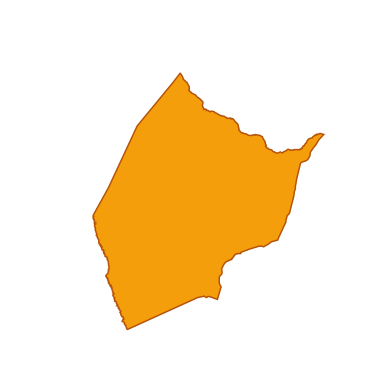 Chadiza, Eastern, Zambia, rotated 140°
{"feature_id": "96606910B44569696961001", "entity_name": "Chadiza", "entity_type": "district", "adm_level": 2, "iso_a3": "ZMB", "parent_name": "Zambia", "parent_adm1": "Eastern", "projection": "albers", "projection_center": [32.572, -14.108], "detail": "fine", "context": "isolated", "style": "filled", "palette": "amber", "viewbox_px": 384, "rotation_deg": 140, "n_neighbors": 0, "source": "geoboundaries", "source_scale": "gbopen_adm2", "svg_char_len": 5999}
<svg xmlns="http://www.w3.org/2000/svg" viewBox="0 0 384 384"><g transform="rotate(140 192 192)"><path d="M329.8,128.2L255.5,107.5L249.5,104.3L249.5,103.8L248.9,102.0L248.2,101.7L247.1,101.8L246.6,101.5L244.6,98.7L241.6,93.4L230.6,100.7L230.2,103.1L229.4,105.1L225.7,109.4L224.7,109.7L222.2,110.0L221.0,110.6L219.3,113.1L218.1,114.4L214.8,115.8L213.2,116.3L210.3,116.6L209.3,116.2L208.7,116.2L208.0,115.7L207.2,115.6L206.4,115.7L206.1,115.5L205.8,115.1L204.9,115.3L204.8,115.0L204.3,115.3L204.0,115.2L203.7,115.4L203.0,115.4L202.8,115.6L201.7,115.6L200.9,116.1L200.7,116.0L200.0,116.2L199.7,116.1L199.5,116.3L198.9,116.4L197.3,115.9L197.0,115.4L196.4,115.4L196.3,115.1L195.6,114.7L194.9,114.0L194.5,114.0L194.4,113.7L193.8,113.7L193.1,114.3L184.4,111.2L176.0,107.6L175.1,107.1L173.3,105.5L172.3,103.9L169.1,103.5L167.3,103.0L163.2,102.8L157.2,100.1L154.9,101.4L139.1,108.8L138.8,109.5L134.4,112.6L131.1,113.0L116.3,123.7L113.6,126.3L110.4,128.3L109.9,129.2L103.1,135.0L90.8,144.0L89.7,144.4L89.0,144.4L84.7,142.7L82.7,142.4L78.7,143.8L77.7,144.6L76.2,146.1L74.9,146.7L69.0,148.2L67.5,148.3L61.4,150.4L54.1,151.4L54.8,152.1L54.9,152.6L55.5,153.2L55.6,153.7L56.3,154.6L57.9,155.0L59.0,156.0L59.5,155.9L59.6,156.1L60.0,156.2L60.0,155.8L60.8,156.4L61.3,156.1L61.9,156.3L62.1,156.6L64.2,156.5L65.1,156.2L66.8,157.1L68.7,157.6L71.0,157.2L72.7,156.1L73.6,156.3L74.9,155.9L76.2,155.3L76.4,155.4L76.4,155.6L77.2,155.8L78.4,155.4L78.9,154.8L79.3,154.8L79.5,155.1L79.8,154.9L80.1,155.0L80.3,154.8L80.9,155.1L81.4,154.8L81.9,155.5L82.4,155.3L82.9,155.8L83.6,156.1L84.0,156.7L86.2,158.6L86.7,158.6L86.9,159.0L87.5,159.0L88.3,159.5L88.8,160.1L89.3,160.3L89.3,160.7L90.2,161.4L90.6,162.7L91.0,163.0L92.1,163.2L93.3,163.0L93.5,163.2L96.2,164.0L97.2,163.6L97.8,164.0L98.5,165.8L98.9,165.9L99.6,166.3L101.1,166.5L101.8,167.3L101.9,167.5L102.2,167.6L102.8,168.2L102.8,169.3L103.6,170.2L104.0,171.3L103.8,172.6L104.0,173.2L104.5,173.8L105.6,175.5L105.8,176.2L105.7,176.7L106.2,177.3L106.4,177.9L106.0,178.5L105.9,179.5L106.2,179.6L106.2,179.9L105.3,180.5L105.1,180.4L104.6,182.3L104.1,182.6L103.7,184.2L103.4,184.7L103.5,185.4L103.1,187.5L103.1,187.9L102.6,189.0L102.9,189.6L102.9,190.1L103.3,190.6L103.7,191.9L105.9,194.4L106.6,194.8L106.6,195.2L107.3,195.1L107.6,195.7L108.5,196.6L109.2,196.6L110.3,197.1L110.7,197.8L111.7,198.4L112.6,199.7L112.7,200.5L113.5,202.2L114.5,203.2L114.8,204.0L115.4,204.6L115.4,204.9L116.0,205.2L116.1,205.5L116.0,206.0L116.3,207.4L116.0,208.3L116.2,209.4L115.7,210.0L115.6,210.3L115.3,210.4L114.5,211.9L114.4,212.6L113.4,214.0L113.5,214.9L113.3,216.0L113.5,217.2L113.8,217.8L113.6,218.5L113.7,219.0L113.5,219.8L113.6,221.6L113.8,222.1L114.1,222.1L115.1,222.7L114.7,223.5L114.8,223.8L115.3,224.2L116.3,224.6L116.6,225.0L116.9,225.1L117.3,225.7L117.7,225.9L117.7,226.4L118.0,226.6L118.1,227.7L118.7,228.8L118.6,229.1L118.8,229.6L119.8,230.5L120.1,231.1L120.8,231.7L120.7,232.1L121.5,233.3L121.5,233.5L122.1,234.8L122.4,236.3L123.4,237.9L123.3,238.6L123.6,239.6L124.9,241.2L125.7,241.7L126.3,241.6L126.6,241.8L127.0,243.0L127.0,243.6L127.3,243.8L127.5,244.5L128.0,245.1L128.5,245.2L128.1,245.7L128.0,246.2L128.8,247.2L129.9,247.6L129.4,248.6L129.4,249.0L129.1,249.3L129.1,249.8L128.6,251.0L128.4,251.8L126.7,252.8L126.2,253.6L125.8,253.9L125.7,254.1L126.0,255.8L125.9,257.4L126.4,259.1L126.3,259.8L127.0,261.1L126.9,264.2L127.3,264.8L128.3,267.4L128.8,267.9L128.6,269.3L129.2,271.2L129.0,272.2L128.5,272.2L127.6,272.9L126.5,274.4L126.2,275.2L126.2,276.2L125.4,279.1L126.0,280.8L125.8,281.7L126.2,283.7L125.1,286.5L124.9,288.5L124.6,289.7L124.8,290.6L136.3,288.1L191.6,277.8L253.5,248.9L282.4,237.8L283.0,237.3L283.2,237.1L283.0,236.4L284.1,236.2L284.6,235.2L284.8,235.0L284.9,234.3L284.5,234.2L284.5,233.9L285.1,233.4L285.5,232.4L286.1,231.7L286.2,231.4L285.9,231.2L286.6,231.2L286.9,230.9L287.0,230.6L286.7,230.0L286.8,229.7L286.5,229.7L286.3,229.4L287.7,229.4L288.0,229.3L288.8,227.8L288.9,227.1L289.4,226.8L289.2,226.3L290.5,225.1L290.8,224.5L290.9,223.6L291.6,222.5L291.7,221.5L292.0,221.0L292.7,220.4L293.1,220.5L293.2,219.8L292.9,219.5L292.9,219.2L293.2,218.6L293.6,218.3L293.8,217.8L294.1,216.1L294.0,215.7L294.4,215.3L294.4,214.9L295.5,213.6L295.7,212.9L296.1,212.9L296.0,212.6L296.1,212.0L296.4,211.9L296.4,211.7L296.2,211.6L296.0,211.1L295.7,210.0L296.1,209.7L296.7,209.9L296.6,209.4L296.8,209.0L296.3,208.9L296.1,208.0L296.3,207.6L296.9,207.9L296.9,207.5L297.4,207.2L297.7,205.8L298.1,205.4L297.8,204.9L297.1,204.7L297.0,204.3L297.3,203.5L297.8,203.4L298.6,202.7L298.6,202.4L298.2,201.9L298.2,201.6L298.7,201.0L299.1,201.1L299.0,199.9L300.0,198.5L299.9,198.2L299.4,198.1L299.5,197.5L299.0,196.5L299.2,196.3L299.3,195.5L299.7,195.5L300.4,194.9L300.5,193.2L302.0,190.8L302.9,189.7L303.0,189.3L303.7,188.2L304.0,187.4L304.8,186.7L305.8,186.5L306.1,186.2L306.4,185.3L307.2,185.0L308.6,183.8L311.1,183.5L311.5,183.2L311.9,183.2L312.2,182.8L311.9,182.1L312.5,181.0L312.1,180.7L312.2,179.5L312.8,179.3L312.9,178.4L313.5,178.0L313.3,177.0L313.5,176.4L313.7,176.2L314.2,176.2L314.5,176.1L314.5,175.7L314.2,175.4L314.4,175.0L314.6,173.9L315.1,172.6L315.1,172.3L314.8,172.6L314.0,172.8L314.1,171.9L315.0,170.4L315.6,169.9L315.5,169.7L315.3,169.9L315.0,169.7L316.4,168.0L316.3,167.3L316.5,166.4L317.0,166.0L317.5,165.9L317.2,164.1L317.9,163.9L318.7,164.1L318.9,163.9L319.4,162.5L319.4,161.4L319.2,161.0L319.2,160.6L320.2,160.4L320.5,159.9L320.4,158.9L321.5,158.1L320.9,157.2L320.6,157.1L320.4,156.6L320.6,156.3L321.1,155.9L321.1,155.5L321.8,154.9L321.8,154.6L321.3,153.9L321.4,153.4L321.7,153.1L322.6,153.1L322.2,152.6L322.4,152.1L322.3,150.8L323.1,150.5L322.8,149.1L322.9,148.8L323.3,148.7L323.4,148.3L323.1,146.9L323.6,146.1L324.5,146.2L324.7,144.5L325.2,144.2L325.3,143.5L325.7,142.7L325.5,142.3L325.8,141.1L325.2,140.8L325.0,140.6L325.7,139.6L325.7,138.6L326.5,138.2L326.9,138.6L327.3,138.6L328.7,137.8L328.1,136.6L327.7,135.3L328.0,134.9L328.6,134.6L328.8,133.1L328.4,132.6L329.4,130.5L329.5,129.7L329.9,129.4L329.8,128.2Z" fill="#f59e0b" stroke="#b45309" stroke-width="1.5"/></g></svg>